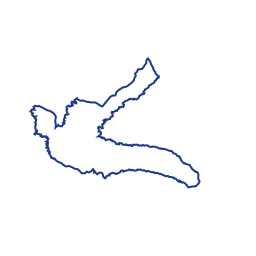 the district of Likila, Butha-Buthe, Lesotho, rotated 305°
{"feature_id": "5366337B33433866284044", "entity_name": "Likila", "entity_type": "district", "adm_level": 2, "iso_a3": "LSO", "parent_name": "Lesotho", "parent_adm1": "Butha-Buthe", "projection": "albers", "projection_center": [28.423, -28.762], "detail": "fine", "context": "isolated", "style": "outline", "palette": "blue", "viewbox_px": 256, "rotation_deg": 305, "n_neighbors": 0, "source": "geoboundaries", "source_scale": "gbopen_adm2", "svg_char_len": 5787}
<svg xmlns="http://www.w3.org/2000/svg" viewBox="0 0 256 256"><g transform="rotate(305 128 128)"><path d="M125.8,216.5L126.2,215.1L127.6,214.0L130.3,212.3L131.5,210.6L131.5,209.7L130.8,208.4L131.1,207.7L130.9,206.0L131.2,205.6L131.1,204.2L131.8,203.1L131.8,202.4L133.1,199.8L131.5,195.4L131.8,194.7L131.1,194.2L131.1,193.3L132.0,190.0L133.2,188.6L133.2,187.4L134.0,187.0L134.0,185.5L133.6,184.7L133.5,183.7L134.0,182.8L134.1,181.7L133.3,179.5L134.3,177.3L133.3,175.8L131.9,170.2L131.1,169.2L131.1,168.5L129.9,167.1L130.1,166.6L129.0,165.2L129.2,163.8L128.3,161.9L128.3,161.1L127.0,159.3L126.9,158.7L125.3,157.3L124.8,155.9L125.1,154.6L123.9,152.3L123.1,151.8L122.6,150.6L122.6,149.8L121.2,149.3L121.0,148.3L120.1,147.5L120.2,146.8L119.5,146.0L119.6,144.9L118.0,143.2L117.7,142.2L116.8,141.5L116.0,142.0L115.4,141.4L115.3,140.4L115.5,139.7L114.6,138.7L114.3,138.8L114.1,138.5L113.9,137.6L113.4,137.0L113.5,135.8L112.7,135.6L111.3,133.4L111.8,132.7L111.7,131.1L111.1,130.7L110.7,129.6L110.4,129.8L110.4,130.2L109.6,130.2L109.7,129.5L108.2,128.0L108.2,127.4L108.7,126.9L109.0,125.2L108.9,123.8L108.2,122.8L108.7,122.0L108.2,121.4L108.6,120.6L108.6,120.1L107.0,118.0L105.2,116.9L106.0,114.6L104.9,112.9L104.9,112.5L105.6,112.7L105.4,112.2L104.8,111.9L104.9,111.2L105.1,111.1L104.7,109.2L104.1,108.5L107.3,109.3L108.7,108.7L109.2,107.3L108.2,106.0L110.2,105.1L110.9,103.5L111.8,103.3L112.7,103.7L112.8,106.9L113.4,107.4L116.2,104.8L116.7,105.0L117.3,105.7L118.4,105.2L120.1,105.9L120.6,105.5L119.8,104.4L120.1,103.6L120.7,103.7L122.3,104.7L122.6,105.2L122.5,106.1L123.8,106.8L124.8,108.0L127.3,107.6L128.0,107.9L128.6,108.7L129.1,108.7L130.6,107.2L131.1,107.0L131.1,105.7L131.7,105.5L132.1,105.8L132.7,106.9L134.2,107.7L135.0,107.8L135.6,109.1L137.2,108.9L139.2,109.6L140.0,108.8L141.1,110.3L141.8,110.4L142.4,112.0L143.4,112.0L144.8,111.3L144.9,109.8L145.3,109.4L149.0,110.5L150.0,111.6L151.5,112.3L152.5,112.3L153.3,113.6L153.8,113.8L154.5,116.2L155.6,116.2L155.7,116.5L155.4,116.9L155.9,117.6L156.2,118.5L157.8,119.2L158.5,119.4L160.5,118.9L161.6,119.4L162.3,119.2L162.7,119.9L164.6,120.5L164.6,121.1L165.1,121.5L166.1,121.4L166.4,120.1L166.9,119.8L168.0,120.1L169.2,119.8L169.7,120.4L170.6,120.4L172.8,121.5L175.2,121.0L176.3,121.9L178.4,122.4L179.0,123.1L181.0,123.3L181.9,122.9L182.8,123.6L183.8,123.2L184.7,123.6L185.5,123.4L186.7,124.3L188.0,123.6L187.5,122.7L188.3,121.1L188.4,119.4L189.7,118.0L189.8,116.9L191.0,114.5L191.6,114.3L193.6,110.1L195.1,108.2L196.4,104.5L194.6,104.1L191.7,105.7L184.7,105.7L182.5,103.7L181.8,102.5L179.6,103.1L176.4,102.7L175.5,104.2L174.8,104.5L172.1,104.7L171.1,105.3L168.0,105.3L161.6,103.4L157.8,100.2L156.2,99.8L154.9,99.0L151.0,97.9L148.3,98.7L147.2,98.7L145.6,96.7L143.4,95.6L131.0,94.7L130.4,92.4L130.4,88.2L130.1,86.4L128.1,83.7L126.4,80.2L125.9,79.6L124.8,75.4L123.4,74.0L122.6,70.9L122.6,70.3L123.2,69.2L120.0,68.1L119.2,69.5L119.5,70.6L119.3,70.8L118.9,70.7L118.5,71.4L117.9,70.7L118.2,69.9L117.8,69.1L117.6,67.4L117.3,66.9L116.1,67.3L116.1,68.1L114.7,68.5L115.1,69.4L115.0,69.8L114.7,69.9L112.1,68.0L112.4,66.6L110.9,65.8L110.3,65.7L109.2,66.1L108.7,67.4L107.7,67.3L107.1,67.7L105.1,70.1L105.0,71.0L103.8,70.3L103.2,69.2L101.7,69.3L101.2,69.5L100.4,70.8L99.1,70.3L97.4,71.0L97.6,72.0L97.1,72.3L95.2,71.8L95.5,72.8L95.3,73.4L93.1,72.7L91.4,72.9L90.2,70.5L90.1,69.9L90.5,69.1L86.8,68.4L89.2,67.1L91.9,64.4L95.9,62.5L97.1,60.0L97.5,57.6L97.1,53.9L96.0,51.1L96.2,50.5L95.7,49.0L95.9,47.5L94.9,42.2L93.8,41.4L93.0,39.3L92.6,39.3L92.5,39.0L91.2,38.4L90.1,40.1L89.5,40.0L89.3,40.6L89.0,39.9L88.2,39.5L88.2,39.0L87.7,38.6L85.6,38.7L85.8,39.8L85.4,40.3L85.5,41.8L84.1,41.7L83.4,42.5L83.6,44.9L84.6,46.0L83.9,46.0L83.6,45.4L83.2,45.3L82.3,46.2L82.5,47.5L82.3,48.0L81.2,48.5L79.3,48.7L79.3,49.3L78.8,49.5L77.9,50.7L76.1,51.0L75.4,51.8L74.6,52.2L73.7,53.7L73.6,55.2L73.2,55.3L72.5,54.7L72.3,55.7L71.9,55.8L71.5,55.7L71.3,55.1L69.6,54.7L69.2,54.9L69.3,55.3L69.7,55.1L70.4,56.0L71.1,56.1L71.5,57.8L72.1,58.5L72.0,59.6L72.6,60.1L72.2,60.4L72.6,60.8L72.5,61.2L71.6,61.9L71.3,61.7L71.3,62.4L71.7,62.5L71.6,63.0L72.1,63.5L73.1,63.9L73.0,64.7L74.2,65.6L73.9,66.2L74.1,67.0L73.1,67.0L73.2,67.9L73.6,68.2L73.5,69.0L71.5,69.4L70.2,68.9L70.7,70.2L70.4,70.8L69.7,71.1L68.9,70.1L68.0,70.2L67.7,70.6L68.5,70.9L68.6,71.6L68.2,72.0L66.8,72.5L65.7,72.2L65.0,72.4L65.1,73.1L65.9,73.1L66.3,73.6L64.9,75.5L63.2,75.3L63.1,76.1L63.7,77.4L63.5,77.9L63.1,78.0L62.8,77.2L62.3,77.4L61.1,79.6L60.8,80.9L59.6,82.4L60.3,83.1L60.4,84.0L60.0,84.6L60.9,85.7L60.4,86.4L60.1,89.0L60.3,91.3L60.9,92.5L60.9,95.4L60.5,96.0L60.9,96.7L60.7,98.5L61.2,99.7L62.7,101.0L63.2,102.0L63.9,105.3L63.9,107.0L65.4,110.6L64.5,116.2L66.3,118.8L68.6,119.2L68.9,121.1L69.5,121.6L71.4,122.7L74.2,122.9L74.2,123.6L72.1,125.7L73.3,126.3L72.8,127.0L72.4,129.2L75.0,130.1L76.2,131.9L76.2,132.7L75.5,134.1L74.2,135.2L74.0,136.3L73.4,137.5L73.6,138.1L74.9,138.4L76.0,138.0L77.8,139.1L78.5,139.2L78.6,139.7L79.1,139.2L82.4,140.9L82.7,142.3L83.4,142.9L83.4,144.3L83.9,144.6L83.9,145.0L86.9,146.8L87.9,147.0L88.7,146.7L89.3,147.0L90.0,147.8L89.6,149.0L90.7,149.4L90.9,150.1L91.9,150.7L93.1,152.0L94.2,152.7L94.7,152.7L95.1,153.8L95.0,154.8L96.0,155.2L96.2,156.2L96.8,157.2L96.8,157.9L97.6,159.0L99.5,159.7L99.4,160.4L101.1,161.9L101.5,164.2L102.6,165.5L103.0,168.2L104.3,169.0L105.3,172.5L106.4,173.9L106.3,175.3L108.3,178.4L108.4,180.4L109.4,181.3L109.3,183.0L109.7,183.9L110.1,186.5L111.7,188.4L111.4,189.3L113.4,193.2L113.0,194.6L113.7,195.1L113.8,196.9L113.4,197.7L113.5,198.9L113.2,199.3L113.4,199.9L114.4,200.1L114.5,200.5L113.4,200.4L113.4,200.8L113.4,201.2L114.0,201.6L114.3,202.2L114.0,202.7L114.6,203.2L114.5,203.9L115.2,204.6L115.4,205.9L114.9,209.1L114.0,211.1L114.1,211.7L117.4,214.6L117.9,215.6L119.4,217.0L122.9,217.6L125.0,217.4L125.8,216.5Z" fill="none" stroke="#1e3a8a" stroke-width="2"/></g></svg>